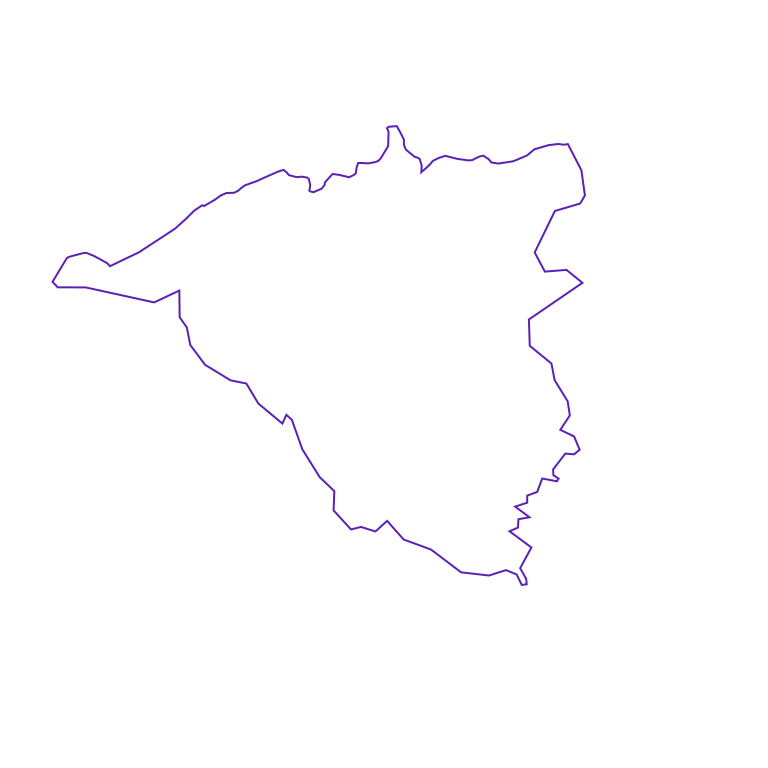 the district of Gevgelija, Gevgelija, North Macedonia, rotated 157°
{"feature_id": "65306769B17532316382540", "entity_name": "Gevgelija", "entity_type": "district", "adm_level": 2, "iso_a3": "MKD", "parent_name": "North Macedonia", "parent_adm1": "Gevgelija", "projection": "equal_earth", "projection_center": [22.386, 41.253], "detail": "fine", "context": "isolated", "style": "outline", "palette": "violet", "viewbox_px": 768, "rotation_deg": 157, "n_neighbors": 0, "source": "geoboundaries", "source_scale": "gbopen_adm2", "svg_char_len": 2170}
<svg xmlns="http://www.w3.org/2000/svg" viewBox="0 0 768 768"><g transform="rotate(157 384 384)"><path d="M225.2,282.5L221.7,296.3L225.4,320.9L221.9,337.4L234.9,362.2L225.4,386.8L161.8,399.6L171.4,417.7L192.0,424.6L193.9,446.2L159.1,476.5L133.0,473.5L125.4,479.0L118.8,503.6L121.0,533.0L124.8,533.9L129.9,536.9L139.4,539.6L153.8,541.3L163.0,538.5L175.2,538.5L178.3,538.6L192.5,542.2L198.7,546.0L199.1,547.9L199.9,550.2L203.4,555.4L207.6,556.1L210.6,556.0L215.4,555.6L219.1,556.9L228.7,562.7L238.3,570.0L244.9,570.7L251.8,570.3L255.8,568.2L260.7,566.4L266.9,564.4L264.0,570.2L263.2,577.0L263.7,577.9L264.2,578.7L265.1,579.6L267.0,581.1L270.5,587.8L272.3,591.3L272.2,596.5L270.2,601.1L270.6,608.2L271.5,616.4L279.1,618.9L281.2,618.4L281.3,616.5L281.2,614.5L287.3,601.3L299.0,592.9L302.1,591.6L305.4,591.7L312.2,593.2L319.1,596.6L321.6,597.5L324.8,593.7L327.5,589.1L329.7,588.3L333.8,588.0L335.3,587.9L343.5,594.0L349.3,597.4L359.4,592.8L360.9,590.4L364.9,588.2L373.9,588.1L376.9,590.3L377.2,591.3L375.9,592.9L374.2,596.0L373.4,600.2L373.1,602.2L374.2,604.1L378.7,607.0L383.2,608.4L384.7,609.4L389.9,613.4L390.9,616.8L392.9,620.4L399.1,620.9L414.1,620.7L421.8,620.5L434.2,621.2L438.5,620.3L442.6,618.9L447.2,618.6L454.6,621.4L460.8,621.3L467.7,619.7L480.0,618.1L481.6,619.6L491.0,617.7L502.6,613.1L515.5,608.7L529.6,606.1L553.2,601.9L554.6,601.6L556.1,601.3L557.8,601.0L575.6,600.2L590.2,599.5L591.6,603.4L600.6,614.8L606.7,621.0L609.0,621.9L621.1,623.7L624.9,624.1L626.9,623.7L649.2,607.6L646.6,600.5L620.9,589.5L563.7,548.9L535.9,550.0L546.0,525.3L543.4,513.0L547.1,495.6L541.2,471.6L523.9,447.4L510.5,438.2L507.3,415.1L493.0,387.3L485.9,393.8L482.8,387.1L484.7,355.9L479.6,323.4L471.6,304.8L479.8,287.3L471.2,263.0L461.0,261.4L449.5,251.6L434.6,256.8L426.7,233.2L405.4,213.2L386.6,180.5L362.2,166.7L344.4,165.0L336.3,156.8L335.7,145.2L330.9,143.9L329.3,149.0L330.6,161.3L312.2,175.9L326.0,199.4L316.8,199.5L313.1,207.0L302.2,204.5L311.2,219.9L298.6,218.8L295.8,225.3L285.1,224.8L275.3,235.2L262.9,226.9L260.3,228.7L263.7,233.9L261.7,239.3L244.3,249.1L236.5,245.0L229.6,247.0L229.5,261.4L239.6,272.9L225.2,282.5Z" fill="none" stroke="#5b21b6" stroke-width="2"/></g></svg>